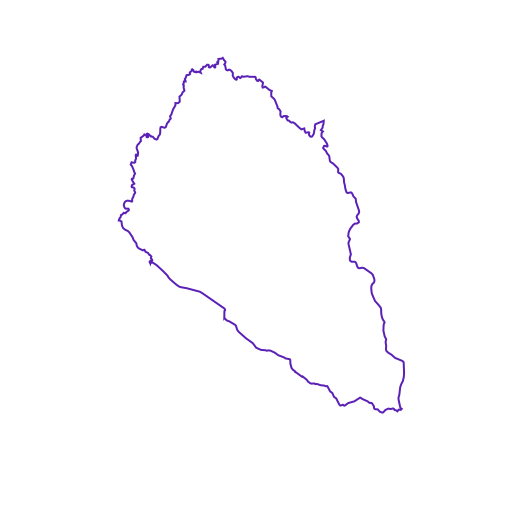 outline of Thyolo, Thyolo, Malawi, rotated 338°
{"feature_id": "42251766B18929072887304", "entity_name": "Thyolo", "entity_type": "district", "adm_level": 2, "iso_a3": "MWI", "parent_name": "Malawi", "parent_adm1": "Thyolo", "projection": "equal_earth", "projection_center": [35.104, -16.129], "detail": "fine", "context": "isolated", "style": "outline", "palette": "violet", "viewbox_px": 512, "rotation_deg": 338, "n_neighbors": 0, "source": "geoboundaries", "source_scale": "gbopen_adm2", "svg_char_len": 6052}
<svg xmlns="http://www.w3.org/2000/svg" viewBox="0 0 512 512"><g transform="rotate(338 256 256)"><path d="M142.1,171.7L143.4,172.4L144.2,173.7L143.2,177.3L143.2,180.0L144.2,182.2L146.6,184.9L147.4,186.7L148.6,192.5L148.5,195.2L149.8,199.4L149.3,201.8L149.6,203.9L150.5,205.4L153.2,208.4L154.7,208.3L155.0,208.7L155.1,210.7L157.0,212.7L157.6,215.2L158.1,215.4L158.8,217.2L157.7,218.6L158.3,220.5L158.2,221.1L156.9,222.0L156.5,220.9L155.5,221.2L155.1,221.6L155.2,223.3L155.4,223.0L157.7,223.3L160.4,227.2L164.5,235.9L166.7,241.4L166.8,242.9L167.7,245.5L171.2,252.3L173.0,255.2L174.4,256.6L179.8,260.0L190.6,268.1L192.5,270.7L207.2,293.1L207.0,294.8L206.1,295.2L203.3,301.8L203.5,301.7L204.6,304.6L207.1,307.0L210.9,312.1L211.3,313.2L210.9,317.2L211.5,319.7L215.8,328.4L220.4,335.7L221.8,341.1L225.4,344.9L229.6,347.0L230.5,347.9L232.1,348.1L234.0,349.2L237.3,352.8L239.4,356.3L244.0,360.5L245.1,362.1L248.6,364.3L248.8,365.3L247.6,368.5L247.0,373.0L247.6,375.3L249.1,377.7L248.9,378.4L249.6,379.0L253.5,385.3L254.1,385.1L256.8,390.0L257.2,392.1L258.9,394.6L259.8,395.2L262.3,396.0L263.0,397.0L264.0,397.2L265.6,398.3L267.3,399.9L270.7,401.7L271.9,402.9L273.4,403.4L274.0,409.4L275.4,411.4L275.6,415.9L277.0,418.0L277.6,425.0L277.9,425.9L278.3,426.3L280.9,426.5L281.5,427.6L282.1,428.0L286.4,426.9L292.7,427.6L299.5,426.3L300.3,427.1L300.8,428.2L305.0,432.5L306.2,434.7L308.1,435.6L308.4,436.2L309.0,439.4L308.5,441.3L308.6,442.0L309.1,442.7L311.4,443.8L312.5,446.8L314.6,448.6L315.5,448.6L318.4,447.2L321.6,447.1L323.4,448.3L326.0,448.7L326.7,449.7L326.7,450.6L328.0,451.5L328.9,453.0L330.7,451.9L332.6,452.9L333.8,452.3L333.1,451.2L333.1,449.9L334.4,442.6L335.0,440.8L336.8,438.5L340.6,431.6L342.6,429.3L345.2,427.1L347.7,423.6L349.4,420.1L353.1,409.9L352.5,408.2L346.8,402.6L344.6,398.2L342.6,395.5L341.4,393.1L341.4,392.3L341.6,391.0L343.0,388.2L343.9,384.4L345.5,382.0L345.2,378.7L346.2,372.8L348.3,368.2L349.3,366.6L350.2,366.0L350.4,365.3L349.8,362.2L349.9,359.5L350.6,356.2L352.1,352.1L352.3,350.8L351.5,347.8L349.5,342.3L349.3,334.9L349.6,333.0L350.7,329.2L351.8,327.0L353.5,325.5L355.5,324.7L356.6,323.3L357.1,321.4L357.2,317.2L356.6,315.4L351.6,307.7L350.2,306.7L347.4,306.1L346.4,305.5L345.9,303.7L346.2,300.3L346.0,299.0L345.2,298.2L342.5,297.1L341.8,296.2L341.5,295.0L342.4,292.6L344.6,290.0L346.3,279.3L346.8,278.2L349.5,275.5L348.9,272.1L351.0,268.5L353.5,266.1L357.8,263.5L359.8,263.0L361.7,263.7L363.7,263.4L364.2,263.0L364.4,261.8L363.8,258.6L364.0,257.3L365.2,256.1L367.1,255.1L368.2,253.7L368.5,252.4L369.0,243.4L369.9,240.3L368.7,237.3L368.6,234.0L367.9,232.6L364.4,231.9L363.8,230.8L364.0,227.4L365.0,223.0L365.2,220.9L366.4,217.2L366.6,215.2L365.6,211.8L363.7,209.7L363.5,209.1L364.8,206.3L364.5,204.5L362.2,199.3L360.3,196.6L360.2,195.3L361.3,190.8L361.1,189.5L360.4,187.9L360.1,184.6L359.0,182.3L358.7,181.0L360.4,179.4L361.4,179.7L362.6,181.0L363.1,181.2L363.5,181.0L363.9,179.1L363.7,177.1L362.9,173.2L361.7,170.8L361.5,169.5L362.8,166.7L364.7,165.6L363.3,163.6L365.8,162.0L366.6,160.4L367.8,159.2L369.5,156.0L360.3,156.1L359.0,158.0L358.6,159.8L357.5,160.8L355.3,164.4L352.8,166.2L351.8,166.1L351.0,165.4L350.5,163.6L351.6,161.5L351.2,161.0L348.2,160.3L348.0,158.4L348.5,155.8L345.5,155.6L344.0,152.9L341.5,147.3L340.2,145.8L338.9,145.6L338.1,144.8L337.4,143.0L336.1,142.1L335.7,139.5L336.0,138.9L337.5,138.7L337.2,138.1L335.8,137.2L333.9,136.6L332.4,137.2L331.6,136.5L331.3,135.2L331.5,134.0L332.9,131.2L332.5,128.6L331.5,127.2L331.9,125.2L331.9,118.3L331.6,117.0L330.0,113.7L331.3,110.2L332.5,109.0L330.6,107.0L328.2,102.6L327.8,102.3L326.3,102.6L325.3,102.3L325.4,101.0L327.1,98.5L327.4,97.9L327.2,97.3L325.1,93.6L324.4,93.7L323.6,94.5L322.7,94.0L322.2,92.1L322.6,90.2L322.4,89.6L317.1,87.4L315.4,86.1L311.4,85.1L310.6,84.2L310.1,84.1L309.0,84.9L308.0,85.1L307.0,83.3L306.5,83.1L305.0,83.4L304.3,85.1L303.8,85.2L303.0,84.4L302.5,83.3L302.0,80.7L302.0,80.0L303.1,77.8L302.6,75.3L301.6,73.7L300.8,73.1L299.3,73.3L298.4,72.6L298.0,71.5L298.8,67.7L298.3,66.6L300.0,65.4L300.5,64.3L299.8,62.5L299.4,59.9L298.6,60.2L295.1,59.3L295.1,59.9L294.2,60.6L293.8,61.8L292.7,61.8L293.0,63.1L292.7,63.6L289.6,63.3L289.0,65.7L288.5,65.9L288.1,65.6L287.9,63.7L287.2,62.9L284.4,64.0L283.4,63.7L283.0,63.3L283.6,61.6L283.6,61.0L282.3,60.3L279.9,61.5L278.0,60.8L276.6,62.5L275.6,62.2L274.6,62.6L273.4,64.1L273.4,65.4L271.6,63.5L269.6,63.4L269.2,63.1L269.3,62.5L267.9,62.3L267.3,61.4L267.5,60.1L267.2,59.5L266.9,59.0L266.4,59.0L266.2,59.7L265.0,60.6L263.5,60.9L263.2,61.3L263.0,62.6L261.5,62.9L259.4,62.3L257.2,64.8L256.3,65.2L256.3,67.2L256.1,67.7L255.3,66.9L254.4,67.2L254.0,68.4L252.8,69.4L252.6,70.0L253.0,70.4L252.9,71.0L252.0,72.6L251.6,75.9L249.2,76.8L247.7,78.4L246.7,78.9L244.8,79.5L243.2,84.1L242.8,84.5L241.0,85.1L238.6,84.0L237.6,86.3L234.1,88.9L230.3,93.3L228.7,94.2L228.4,96.7L226.9,97.3L225.3,98.9L224.3,99.0L223.5,99.8L223.0,99.9L220.8,102.6L219.4,102.9L216.8,100.9L215.8,100.9L214.8,102.4L213.6,105.3L212.4,107.3L210.5,108.4L208.4,110.6L207.4,110.8L205.8,109.2L205.0,106.8L203.2,105.7L203.3,105.0L202.5,104.2L202.2,103.0L201.1,101.8L200.6,101.8L200.6,102.5L201.3,103.3L201.3,103.9L200.6,105.2L200.1,105.3L199.3,104.9L199.6,104.4L199.5,103.7L198.0,101.5L196.7,102.4L193.3,103.2L192.3,106.4L191.3,106.7L189.6,108.0L188.1,108.4L186.1,110.3L185.7,111.5L185.5,115.8L184.1,118.4L183.7,118.8L183.3,118.5L183.1,117.2L182.6,117.1L182.2,117.6L181.3,120.7L179.7,122.3L179.4,123.5L178.9,123.8L178.0,124.0L175.7,122.5L174.1,124.4L174.7,126.2L174.8,130.7L174.5,131.9L174.8,134.2L173.1,135.6L171.4,138.0L170.9,138.2L169.9,137.9L169.5,138.3L169.6,140.2L170.2,143.4L167.6,143.8L166.6,145.2L166.7,145.8L168.1,146.6L168.6,147.7L168.6,148.3L167.6,149.8L167.8,151.8L167.5,152.3L165.7,153.4L164.7,154.9L162.6,156.7L161.6,159.0L161.1,159.0L159.4,157.5L157.5,156.5L155.9,156.4L154.5,156.9L153.2,158.1L152.3,159.8L152.3,161.8L152.6,163.0L153.0,163.3L155.5,164.4L155.4,165.7L155.0,166.1L152.1,166.7L151.2,167.4L150.7,167.4L149.5,166.4L147.6,167.4L146.1,167.5L145.2,169.1L143.4,170.1L142.1,171.7Z" fill="none" stroke="#5b21b6" stroke-width="2"/></g></svg>